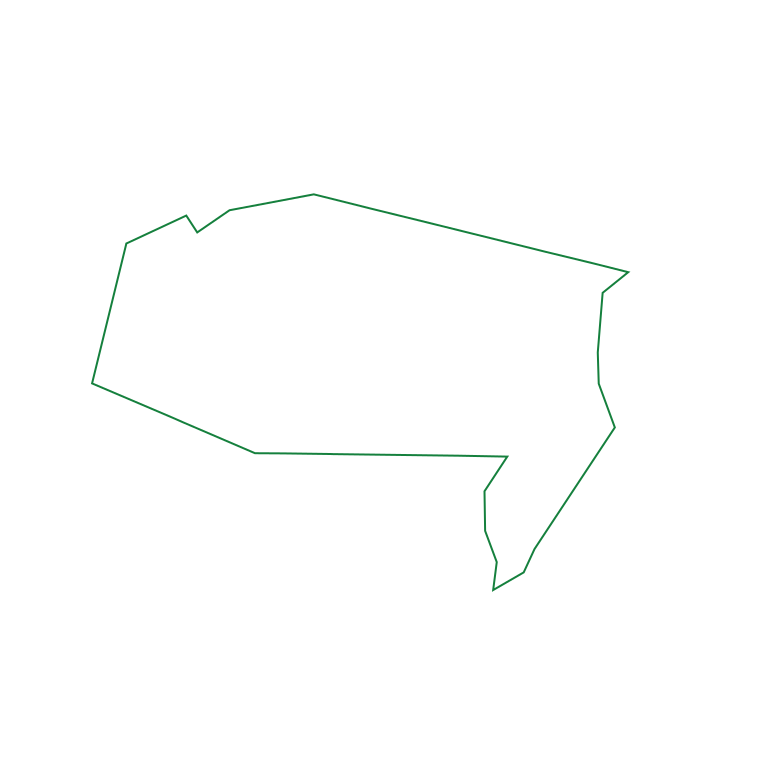 outline of Rockdale, Georgia, United States of America, rotated 247°
{"feature_id": "52423323B37962982685185", "entity_name": "Rockdale", "entity_type": "district", "adm_level": 2, "iso_a3": "USA", "parent_name": "United States of America", "parent_adm1": "Georgia", "projection": "albers", "projection_center": [-84.038, 33.656], "detail": "fine", "context": "isolated", "style": "outline", "palette": "green", "viewbox_px": 768, "rotation_deg": 247, "n_neighbors": 0, "source": "geoboundaries", "source_scale": "gbopen_adm2", "svg_char_len": 574}
<svg xmlns="http://www.w3.org/2000/svg" viewBox="0 0 768 768"><g transform="rotate(247 384 384)"><path d="M498.6,115.5L435.6,176.2L427.2,184.1L370.7,238.2L359.6,263.9L340.2,308.0L340.0,308.3L288.7,425.0L269.0,469.1L246.0,434.6L209.3,419.7L176.0,418.2L151.7,404.0L156.0,439.0L173.3,458.1L253.8,579.5L300.4,581.8L329.5,593.1L382.5,620.9L391.5,652.5L412.8,624.4L442.9,583.9L450.0,574.5L487.5,524.6L511.1,493.2L551.0,439.9L585.4,394.3L586.0,393.5L604.3,309.7L596.5,271.3L616.3,267.8L614.0,201.7L612.6,200.7L498.6,115.5Z" fill="none" stroke="#15803d" stroke-width="2"/></g></svg>